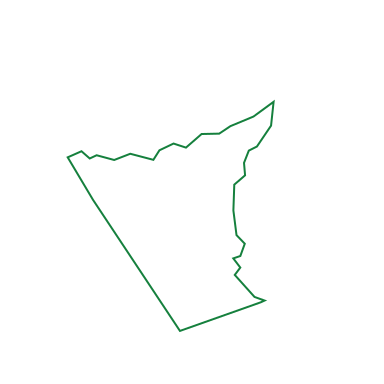 Greene, Virginia, United States of America (orthographic projection), rotated 35°
{"feature_id": "52423323B83687040652424", "entity_name": "Greene", "entity_type": "district", "adm_level": 2, "iso_a3": "USA", "parent_name": "United States of America", "parent_adm1": "Virginia", "projection": "orthographic", "projection_center": [-78.466, 38.33], "detail": "fine", "context": "isolated", "style": "outline", "palette": "green", "viewbox_px": 384, "rotation_deg": 35, "n_neighbors": 0, "source": "geoboundaries", "source_scale": "gbopen_adm2", "svg_char_len": 566}
<svg xmlns="http://www.w3.org/2000/svg" viewBox="0 0 384 384"><g transform="rotate(35 192 192)"><path d="M185.7,116.0L180.8,128.6L166.6,139.0L161.6,159.1L149.1,162.9L141.4,176.5L141.9,187.8L119.5,196.1L109.9,210.4L92.8,216.6L89.0,223.2L78.1,222.0L70.3,234.9L115.4,255.2L261.8,312.7L311.6,242.9L313.7,239.3L303.4,242.1L274.6,235.4L274.9,226.2L263.9,222.7L268.3,216.7L264.9,204.1L253.2,201.8L236.5,183.4L222.4,161.7L225.9,147.9L217.9,138.3L214.8,125.5L219.1,117.5L218.7,92.3L207.1,71.3L199.1,94.9L185.7,116.0Z" fill="none" stroke="#15803d" stroke-width="2"/></g></svg>